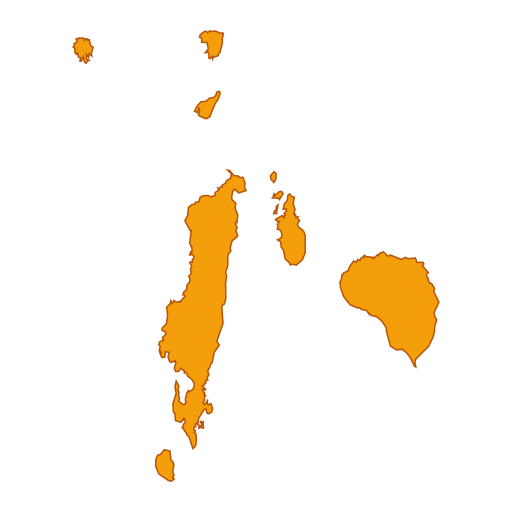 Romblon, Romblon, Philippines (Equal Earth projection)
{"feature_id": "2640588B50983171828902", "entity_name": "Romblon", "entity_type": "district", "adm_level": 2, "iso_a3": "PHL", "parent_name": "Philippines", "parent_adm1": "Romblon", "projection": "equal_earth", "projection_center": [122.122, 12.497], "detail": "fine", "context": "isolated", "style": "filled", "palette": "amber", "viewbox_px": 512, "rotation_deg": 0, "n_neighbors": 0, "source": "geoboundaries", "source_scale": "gbopen_adm2", "svg_char_len": 6031}
<svg xmlns="http://www.w3.org/2000/svg" viewBox="0 0 512 512"><path d="M227.5,170.2L231.4,173.6L230.5,178.5L228.1,179.5L225.9,181.5L225.5,183.3L222.3,185.0L222.2,186.9L221.2,186.5L219.0,188.6L217.9,188.0L218.7,190.2L215.2,192.5L215.0,195.4L211.7,196.8L207.1,195.5L202.7,195.8L200.1,197.4L198.6,202.2L195.5,202.1L194.5,204.3L192.1,204.4L188.4,207.5L187.7,215.5L184.9,220.7L190.6,231.4L191.2,230.8L189.7,243.2L191.7,247.8L191.9,247.0L192.0,247.2L192.0,251.9L190.9,252.9L190.5,252.2L189.6,255.0L192.5,254.6L193.9,256.5L193.2,259.3L192.3,259.4L192.4,262.2L190.3,261.9L189.8,262.8L191.8,266.6L190.4,268.7L191.2,273.6L188.7,276.2L189.8,278.3L189.8,281.5L186.9,285.3L186.5,290.7L186.3,289.7L183.6,292.2L183.1,294.7L183.8,294.1L185.0,296.4L180.5,301.2L180.6,302.9L180.3,301.5L175.7,302.1L174.0,300.4L172.2,303.6L170.9,300.7L169.9,304.1L166.6,307.2L167.6,315.6L166.3,323.9L161.9,328.4L162.1,330.3L165.6,332.1L165.9,334.2L162.5,337.4L162.7,339.9L163.5,340.3L159.6,341.8L158.8,345.0L160.2,346.3L159.3,350.5L159.8,352.2L160.2,350.8L160.9,351.5L161.2,353.1L160.2,354.1L162.0,357.6L164.7,357.2L165.5,351.6L168.9,352.3L168.1,357.1L169.6,361.6L171.2,362.5L172.3,361.5L173.9,361.9L174.8,360.6L176.0,362.3L174.3,368.3L175.7,371.6L178.7,371.4L180.8,368.4L184.2,370.9L184.4,373.8L184.6,372.3L186.0,372.2L187.8,376.3L191.5,379.1L194.4,383.6L193.3,388.9L189.2,392.0L188.5,390.5L186.9,392.7L185.4,398.9L185.7,403.2L183.6,404.8L178.8,401.2L179.5,397.8L178.6,396.1L178.9,392.1L178.1,389.8L178.8,385.9L176.2,381.1L175.0,386.4L176.1,393.5L172.9,403.8L173.4,412.0L175.0,413.8L175.5,420.6L181.0,422.3L183.6,418.4L184.8,418.9L183.9,420.2L185.2,420.8L185.4,422.6L183.8,423.9L182.1,427.9L183.4,428.2L184.6,431.3L186.3,432.6L186.7,434.7L189.0,436.7L192.9,448.6L195.6,445.7L196.4,439.5L195.9,433.6L194.2,432.6L195.4,430.7L193.8,430.0L194.0,427.0L195.8,426.8L195.3,424.5L196.5,423.2L197.7,424.6L198.7,418.2L204.2,409.4L205.8,408.9L207.2,413.2L208.9,413.8L211.7,412.1L212.5,408.7L211.2,404.0L210.0,403.6L208.6,405.1L207.4,404.1L207.4,400.6L204.6,404.5L202.9,402.8L204.6,400.1L204.5,396.9L205.6,395.5L204.2,395.1L204.6,393.4L203.9,393.6L204.2,392.5L202.2,389.3L203.9,389.0L205.0,390.0L205.5,389.1L202.1,385.8L204.5,384.8L204.9,382.9L205.7,383.0L205.9,380.3L207.8,380.0L207.1,377.8L209.0,374.4L207.7,371.6L208.5,368.7L209.5,368.0L211.0,363.4L212.2,362.7L214.1,352.5L219.3,345.0L216.8,341.3L223.0,323.4L221.8,307.6L222.7,304.6L224.3,304.1L225.8,298.7L225.6,283.2L226.6,275.7L225.5,272.4L227.7,266.1L227.9,254.9L230.9,250.9L230.1,248.3L232.0,241.0L237.7,236.1L235.9,230.0L237.2,227.6L235.1,223.6L236.5,221.7L236.9,222.5L237.8,215.2L235.1,208.2L235.8,203.3L231.9,199.6L231.7,196.3L232.9,191.1L234.4,189.1L238.8,192.9L246.1,190.6L244.6,187.3L245.0,183.0L243.0,177.2L240.0,177.7L238.4,176.1L234.0,175.6L229.6,170.5L227.5,170.2ZM383.5,251.8L379.6,253.3L378.5,255.7L377.4,254.8L373.5,258.6L373.5,257.4L366.0,256.6L364.8,255.3L363.8,255.8L364.1,257.9L363.4,256.6L363.5,257.5L362.2,257.1L360.6,258.8L360.2,260.2L357.6,259.6L356.2,262.4L353.6,261.0L349.6,266.6L348.3,270.6L343.7,272.9L341.9,275.1L341.4,279.5L339.9,282.0L340.4,287.1L343.7,296.7L350.0,304.7L357.6,308.0L359.6,307.7L361.6,309.6L366.3,310.3L369.3,314.3L369.4,313.5L371.9,315.7L376.7,316.7L382.0,321.2L386.3,327.9L386.5,331.5L390.4,346.0L396.4,349.9L402.1,349.3L406.8,353.0L410.4,357.8L414.2,365.9L415.8,367.0L414.9,361.6L415.7,359.2L428.6,346.4L433.0,337.1L434.5,331.6L434.6,326.9L436.7,319.9L434.7,316.1L434.2,312.4L438.9,302.1L433.7,291.5L434.7,288.9L431.5,283.4L429.9,283.3L428.1,279.9L428.3,278.3L426.7,276.6L426.6,274.0L428.3,272.6L422.3,265.6L423.9,263.9L423.0,262.3L417.0,262.4L415.4,258.0L408.2,258.7L405.4,257.4L401.4,259.4L390.3,255.0L389.1,256.1L387.3,255.7L383.5,251.8ZM289.7,193.9L287.9,195.3L287.3,200.5L284.3,203.8L283.2,209.4L285.9,208.8L286.7,210.2L284.1,213.6L285.5,214.7L284.5,215.2L283.9,217.9L282.2,215.5L275.4,219.5L278.0,221.8L279.1,221.5L277.3,224.6L278.1,226.3L277.2,229.2L279.7,229.7L281.4,232.4L281.9,236.1L280.7,238.2L277.4,239.8L280.7,241.7L281.2,247.2L283.3,249.7L285.2,258.9L289.9,263.4L290.2,265.0L292.9,264.1L296.2,265.2L302.4,259.7L305.2,252.7L305.2,235.1L303.5,231.0L298.1,226.5L297.6,224.6L298.4,221.5L299.6,220.9L297.3,218.2L298.1,216.8L295.8,217.2L295.7,214.7L294.8,214.0L294.1,214.7L293.8,214.5L295.0,209.4L293.2,203.5L294.3,197.2L291.8,196.7L289.7,193.9ZM209.9,30.7L207.7,32.8L206.4,31.3L204.2,31.6L200.3,34.7L199.5,37.2L201.5,37.8L201.6,42.2L206.9,42.5L208.4,48.8L205.3,52.7L208.0,52.0L209.2,55.7L208.7,58.0L210.1,58.6L212.3,56.3L212.7,58.8L213.3,57.3L218.3,55.7L218.4,53.9L219.9,52.5L222.5,42.6L222.1,39.9L223.4,34.0L222.6,32.8L220.3,33.3L215.4,30.9L211.6,31.6L209.9,30.7ZM170.0,451.1L164.3,449.7L160.6,454.2L157.5,455.4L155.9,459.4L155.6,466.0L158.7,473.8L168.3,480.5L171.1,481.3L174.2,479.0L172.5,477.3L174.0,475.7L172.8,471.9L173.9,464.9L173.1,462.1L171.0,460.3L170.0,451.1ZM219.1,91.3L216.7,92.2L215.9,95.2L213.6,97.5L209.4,98.2L206.2,101.2L200.7,101.9L196.8,106.5L194.5,111.3L197.3,112.4L199.2,107.6L199.6,111.9L198.3,114.0L199.0,115.8L206.0,118.8L209.7,116.9L215.1,103.7L218.1,99.4L219.9,94.3L220.0,92.2L219.1,91.3ZM83.8,38.1L78.3,38.1L77.8,39.2L76.1,38.9L77.2,41.6L73.9,43.9L74.6,45.7L73.1,47.0L75.1,48.6L74.7,51.4L75.4,53.4L77.4,53.2L76.9,54.3L77.9,54.2L78.4,57.0L80.4,57.6L80.0,61.2L81.4,61.1L83.3,56.5L84.5,62.3L86.1,63.2L87.1,61.4L89.2,60.3L86.6,59.0L86.4,54.4L88.7,57.4L89.1,53.6L91.8,55.8L91.3,53.6L93.1,47.2L90.7,45.8L89.2,39.6L87.9,40.2L87.3,38.9L85.7,39.0L84.7,40.5L83.8,38.1ZM281.4,191.3L279.0,191.9L275.0,195.6L274.1,193.8L273.3,195.6L273.9,196.4L272.5,197.9L278.6,198.2L279.3,199.6L283.2,193.6L281.4,191.3ZM274.0,171.7L270.4,175.8L271.3,179.9L273.5,181.4L273.5,183.2L275.9,178.8L276.1,176.3L276.1,173.5L274.0,171.7ZM276.6,211.9L278.1,205.0L276.3,206.5L276.3,209.1L274.0,211.6L273.9,214.0L276.0,212.7L276.9,214.1L276.6,211.9ZM203.1,421.7L201.3,422.8L201.6,424.9L200.8,426.4L199.3,425.3L198.8,428.2L200.4,427.4L203.4,428.1L203.1,421.7ZM201.6,421.8L200.6,421.4L200.0,422.8L200.7,421.9L201.6,421.8Z" fill="#f59e0b" stroke="#b45309" stroke-width="1.5"/></svg>